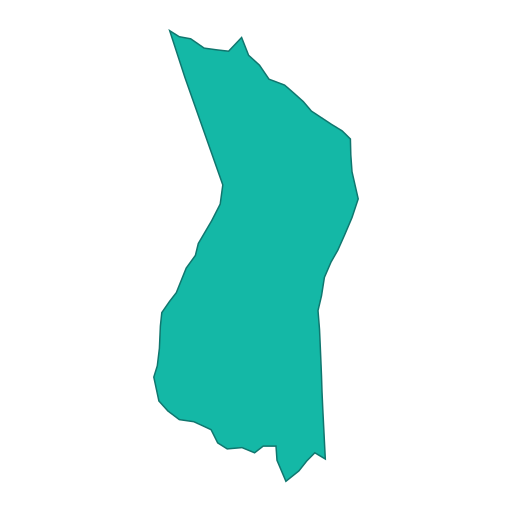 outline of Cachoeirinha, Rio Grande do Sul, Brazil
{"feature_id": "56859067B54299641019683", "entity_name": "Cachoeirinha", "entity_type": "district", "adm_level": 2, "iso_a3": "BRA", "parent_name": "Brazil", "parent_adm1": "Rio Grande do Sul", "projection": "equal_earth", "projection_center": [-51.095, -29.919], "detail": "fine", "context": "isolated", "style": "filled", "palette": "teal", "viewbox_px": 512, "rotation_deg": 0, "n_neighbors": 0, "source": "geoboundaries", "source_scale": "gbopen_adm2", "svg_char_len": 899}
<svg xmlns="http://www.w3.org/2000/svg" viewBox="0 0 512 512"><path d="M325.3,459.0L322.8,409.5L322.0,391.7L321.5,375.9L320.3,347.1L319.5,329.2L318.0,310.6L321.5,295.8L324.4,277.4L331.0,262.1L337.8,250.2L344.4,235.4L352.0,217.6L358.2,198.9L355.3,186.2L352.0,171.7L350.8,154.9L350.4,139.0L342.3,131.0L331.4,124.3L311.4,111.1L303.4,101.7L294.5,93.7L284.6,85.1L269.0,79.2L259.5,65.2L248.6,55.3L241.6,37.5L228.6,51.2L217.1,49.9L204.1,48.1L190.7,38.8L179.2,36.7L169.7,30.7L184.9,77.4L222.8,184.9L220.2,204.1L211.7,220.7L198.3,243.5L195.4,255.4L186.2,268.1L176.3,292.7L169.7,301.2L161.8,312.6L160.4,325.9L159.4,348.4L157.3,365.8L153.8,377.1L158.9,401.0L168.0,411.1L179.3,419.6L193.8,421.7L211.1,429.7L217.7,442.9L227.2,448.9L242.0,447.6L254.6,452.8L263.2,446.1L276.0,446.1L277.0,460.3L285.9,481.3L298.9,470.9L306.9,460.8L314.8,452.8L325.3,459.0Z" fill="#14b8a6" stroke="#0f766e" stroke-width="1.5"/></svg>